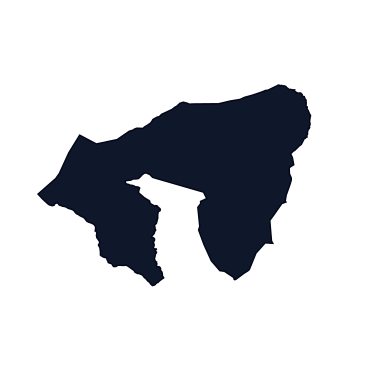 the district of Santiago Laxopa, Oaxaca, Mexico, rotated 66°
{"feature_id": "50627088B77723343468711", "entity_name": "Santiago Laxopa", "entity_type": "district", "adm_level": 2, "iso_a3": "MEX", "parent_name": "Mexico", "parent_adm1": "Oaxaca", "projection": "natural_earth1", "projection_center": [-96.318, 17.198], "detail": "fine", "context": "isolated", "style": "filled", "palette": "ink", "viewbox_px": 384, "rotation_deg": 66, "n_neighbors": 0, "source": "geoboundaries", "source_scale": "gbopen_adm2", "svg_char_len": 5389}
<svg xmlns="http://www.w3.org/2000/svg" viewBox="0 0 384 384"><g transform="rotate(66 192 192)"><path d="M289.5,188.6L289.6,187.5L287.4,177.7L286.9,174.2L286.7,172.9L286.2,171.3L273.8,158.4L268.2,145.8L271.7,139.1L269.0,139.3L249.6,132.5L246.1,126.4L239.0,114.6L239.1,113.4L239.2,113.1L239.3,110.3L238.4,110.7L233.2,107.3L224.7,99.2L221.5,96.5L219.5,95.6L215.0,95.6L209.7,93.5L209.0,91.9L208.5,88.0L201.3,86.3L197.2,86.4L195.9,82.9L195.7,81.2L193.5,75.3L192.9,72.7L189.8,68.9L189.3,68.2L188.7,67.9L188.6,67.3L189.0,66.9L188.5,65.6L188.5,64.8L188.3,64.9L187.9,64.4L186.8,63.9L186.3,63.1L185.5,62.6L184.5,62.4L183.9,61.8L182.5,60.9L181.7,59.2L180.9,58.3L179.7,58.5L179.3,57.5L178.4,56.8L177.2,56.2L176.9,56.2L175.1,55.8L174.1,55.1L173.8,55.1L172.8,54.2L172.2,54.1L171.6,53.5L171.0,53.0L170.7,52.8L170.2,52.6L169.9,52.6L169.4,52.7L168.4,52.9L167.8,52.9L167.3,52.8L165.9,52.8L164.6,52.8L164.1,52.9L163.3,53.2L163.0,53.2L161.4,52.2L161.0,52.2L160.5,52.9L159.7,52.8L156.4,51.1L155.8,51.3L155.0,50.8L154.8,50.5L153.7,50.6L153.3,50.9L151.3,50.7L150.9,50.8L150.5,50.7L149.9,51.4L149.6,52.0L149.4,52.2L149.2,52.2L148.4,52.4L148.3,52.0L147.7,51.7L145.7,52.5L145.3,53.5L145.2,54.0L145.0,54.6L144.1,55.6L144.0,56.4L143.1,56.3L141.9,57.2L141.3,57.1L140.7,56.9L140.5,56.7L139.6,58.4L138.9,59.6L138.2,60.3L138.1,61.2L137.8,61.7L137.2,61.9L135.9,62.5L135.1,63.2L134.0,63.3L133.5,63.5L132.3,65.0L132.3,65.7L131.4,66.4L130.9,67.2L130.7,68.1L130.2,68.8L129.6,69.1L129.5,69.8L129.9,81.2L129.1,83.7L129.1,86.8L128.4,94.6L128.1,97.7L126.9,105.5L127.0,110.4L124.5,119.9L122.2,131.9L112.0,155.3L110.6,158.9L109.1,160.1L106.4,163.5L106.2,166.2L106.0,166.7L107.6,171.5L107.5,172.7L108.5,176.9L108.7,188.2L109.9,191.3L109.4,193.4L109.9,198.3L111.1,199.8L112.2,201.8L112.8,205.1L113.3,209.0L114.0,210.9L111.3,216.4L111.1,218.4L111.5,220.8L111.0,224.4L111.0,224.6L113.7,239.1L109.2,259.9L94.4,271.5L106.1,288.6L121.1,305.6L124.3,311.0L131.3,333.5L137.4,331.4L143.9,328.6L145.4,327.8L146.4,326.8L147.7,325.2L148.0,323.5L146.8,321.8L147.0,319.7L148.5,318.8L149.9,318.6L151.1,317.2L152.1,316.3L153.7,314.0L154.8,312.8L156.5,311.8L157.8,310.2L159.7,308.2L161.3,307.3L163.1,307.0L164.9,306.3L165.9,305.4L166.3,305.0L166.7,304.8L167.9,304.1L169.4,302.9L171.0,301.4L173.1,300.6L175.6,300.1L177.2,299.0L179.0,297.0L180.7,295.5L182.0,294.6L183.3,294.4L184.6,294.2L186.3,295.0L188.3,296.3L188.9,295.6L190.8,295.5L192.5,296.8L194.8,297.5L198.4,296.8L200.3,296.6L200.9,297.1L202.4,299.0L203.2,299.1L205.2,298.7L208.0,299.6L209.3,299.9L212.3,301.3L213.6,300.7L215.0,299.7L216.1,298.7L216.8,297.4L217.6,296.9L219.4,297.1L221.2,297.0L222.3,297.2L223.3,296.4L224.3,295.1L225.1,294.4L226.8,294.3L228.1,294.0L228.7,293.0L229.1,291.6L228.8,289.6L229.6,287.5L230.8,285.4L231.5,283.6L232.3,281.6L234.3,280.2L237.3,278.5L240.2,276.8L242.0,276.7L244.2,275.0L245.0,273.5L246.9,271.7L248.0,270.9L249.4,270.6L250.8,270.3L252.2,269.4L253.8,269.0L255.5,268.5L257.1,267.5L258.6,267.3L259.9,266.9L261.4,266.2L261.7,264.0L261.5,263.1L261.0,262.3L260.8,261.5L260.4,260.3L260.8,259.8L260.6,259.5L260.0,258.0L259.8,257.1L259.5,255.9L259.3,254.9L258.9,252.8L256.1,253.1L255.2,252.6L254.6,252.4L253.8,252.2L252.7,252.1L251.9,252.3L251.0,252.6L249.9,252.3L249.3,251.9L248.9,251.8L247.6,252.0L246.7,252.7L246.4,253.4L246.1,254.1L245.7,254.4L244.5,254.4L244.2,254.2L243.7,253.5L243.3,253.3L242.7,253.2L242.1,253.6L241.5,252.9L240.8,253.5L239.6,253.7L238.6,253.5L237.7,253.5L237.0,253.1L236.4,252.4L235.6,251.8L235.0,251.5L234.3,251.0L233.3,249.8L232.8,249.0L232.5,248.9L231.3,249.5L230.9,249.6L230.4,248.9L229.8,247.8L229.5,247.8L229.2,248.3L229.1,248.8L228.9,249.3L227.8,249.8L226.8,249.8L226.5,249.6L226.2,249.0L225.8,248.7L225.2,248.2L224.0,247.8L223.3,247.8L222.7,248.1L222.4,248.1L221.9,247.4L221.3,246.4L221.0,246.0L220.0,245.5L219.6,245.3L219.1,245.4L218.4,245.8L217.8,246.2L217.0,247.3L216.6,247.2L216.2,246.8L215.5,245.5L215.0,244.5L214.5,243.4L213.6,242.7L212.8,242.3L212.5,241.9L212.6,241.4L212.4,241.0L211.7,240.6L211.3,240.6L210.6,240.7L209.8,240.5L209.2,240.2L208.4,240.0L208.0,240.2L207.5,240.1L207.0,239.5L206.6,238.5L206.2,237.5L205.8,236.9L205.0,236.4L204.5,236.0L203.5,235.2L202.8,234.8L202.4,234.4L202.2,234.0L201.7,233.8L201.2,233.7L200.5,233.4L200.0,233.0L199.6,232.9L198.9,232.7L198.3,232.3L197.7,231.8L197.2,231.6L196.7,231.1L196.3,230.6L196.2,230.3L196.1,229.6L196.2,229.3L196.0,228.8L195.6,228.3L195.1,228.2L194.5,228.0L194.0,228.1L193.4,228.4L193.0,228.7L192.4,229.0L191.9,229.4L191.4,229.2L191.0,229.2L190.7,229.5L190.1,229.9L189.9,230.3L189.6,230.9L189.5,231.6L189.1,232.5L188.6,232.7L188.0,232.9L187.4,233.5L186.1,234.5L185.4,234.5L184.4,235.0L183.9,234.7L183.1,234.4L182.2,234.8L180.8,235.9L179.1,237.0L177.9,237.9L175.9,238.8L173.7,239.8L173.2,240.1L172.9,240.3L172.3,240.5L170.7,241.2L170.3,240.9L169.4,240.2L168.5,239.5L167.9,239.1L167.1,238.2L166.7,238.5L166.0,238.8L165.4,239.4L165.0,240.1L164.7,240.7L164.4,241.5L163.3,242.2L161.9,243.5L160.7,245.6L159.5,246.6L158.3,248.2L157.3,249.3L154.6,248.3L155.6,245.0L156.2,243.3L156.2,240.1L157.2,238.0L157.9,235.3L156.8,232.3L156.0,230.6L155.4,227.9L156.1,225.8L157.4,224.8L158.1,224.1L159.2,223.2L160.7,222.7L161.8,222.3L162.6,222.0L166.7,217.2L196.8,181.5L204.0,181.2L204.1,188.0L206.1,188.7L208.4,192.9L226.6,198.9L229.4,201.4L244.7,202.4L262.7,202.3L275.2,198.5L277.6,194.6L287.1,188.6L288.8,189.0L289.5,188.6Z" fill="#0f172a" stroke="#020617" stroke-width="1.5"/></g></svg>